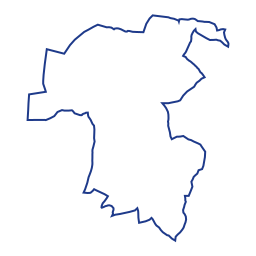 the district of Isu, Imo, Nigeria
{"feature_id": "59680162B73807077480910", "entity_name": "Isu", "entity_type": "district", "adm_level": 2, "iso_a3": "NGA", "parent_name": "Nigeria", "parent_adm1": "Imo", "projection": "albers", "projection_center": [7.061, 5.682], "detail": "fine", "context": "isolated", "style": "outline", "palette": "blue", "viewbox_px": 256, "rotation_deg": 0, "n_neighbors": 0, "source": "geoboundaries", "source_scale": "gbopen_adm2", "svg_char_len": 3487}
<svg xmlns="http://www.w3.org/2000/svg" viewBox="0 0 256 256"><path d="M225.2,29.5L223.1,29.1L220.8,29.4L219.0,30.1L217.1,30.5L216.5,27.5L214.6,24.2L209.2,22.0L206.6,21.9L204.7,21.9L202.5,21.5L201.5,21.4L199.6,21.2L197.8,21.1L196.2,19.9L194.8,19.0L193.4,18.7L191.9,18.7L190.6,18.9L189.4,19.4L187.9,19.7L184.5,19.4L181.7,19.1L179.4,19.4L178.9,21.5L178.6,20.6L176.3,19.7L174.1,18.8L170.4,18.1L168.4,17.3L152.7,15.4L149.6,18.5L146.3,23.8L143.4,32.2L136.9,32.0L132.6,31.8L129.4,31.0L127.8,30.9L126.9,31.6L125.3,31.5L121.0,29.3L118.6,28.5L116.9,28.3L114.8,28.6L114.0,29.3L111.4,27.6L109.1,27.2L106.7,27.3L97.8,24.7L93.5,26.8L88.4,29.7L84.2,31.9L74.8,39.7L70.0,45.1L64.2,53.7L46.8,49.2L44.8,63.9L43.6,74.8L43.2,80.9L43.2,83.8L45.2,89.7L45.8,91.8L29.1,94.4L28.5,103.1L28.2,109.9L27.6,120.0L44.7,119.9L45.8,120.1L50.3,118.2L54.3,116.1L57.5,112.0L62.0,110.1L64.4,110.6L68.7,110.6L71.9,110.3L72.4,110.6L73.4,111.7L74.6,113.3L79.9,115.1L81.4,115.2L82.2,114.8L82.5,114.2L83.6,113.7L84.3,113.5L85.2,113.2L86.0,112.7L86.7,112.7L87.8,112.6L87.9,113.6L88.0,114.8L88.2,115.8L88.5,116.8L89.6,118.3L90.6,119.8L92.5,123.9L94.0,125.6L94.4,129.5L94.3,132.9L94.2,135.5L94.1,138.2L94.6,141.6L94.2,143.1L93.4,146.5L92.5,149.6L92.4,151.1L92.5,152.4L92.4,154.4L92.4,157.8L92.3,160.9L92.4,162.2L92.4,163.5L92.4,164.1L92.2,165.7L91.8,168.0L90.9,171.2L89.6,174.7L88.6,177.2L87.3,182.8L85.1,189.3L83.6,192.6L85.6,192.8L87.5,193.0L89.7,192.9L90.6,192.7L92.7,190.9L94.1,189.2L95.4,189.9L100.3,192.2L104.6,194.2L107.9,196.2L106.9,197.9L104.7,201.0L102.7,203.3L101.7,205.8L101.5,207.4L101.8,207.7L103.7,207.0L105.3,206.2L106.9,205.8L108.0,205.4L109.4,205.3L111.6,206.0L113.5,208.2L113.5,209.9L113.0,211.2L112.7,212.4L113.0,213.3L112.6,214.7L112.0,215.9L115.3,214.7L119.9,214.0L129.6,211.9L135.0,210.4L137.3,208.2L137.7,209.5L138.1,210.7L138.2,211.7L138.3,213.7L138.4,217.5L138.6,219.2L138.8,220.7L139.1,222.8L145.6,221.3L149.6,219.7L151.5,217.9L152.6,219.1L153.4,220.5L155.1,223.7L156.4,225.5L159.1,227.5L160.8,230.0L162.8,232.2L167.1,235.2L168.7,235.5L171.9,238.6L175.2,240.6L175.5,238.1L175.7,236.7L177.6,234.6L180.1,232.4L182.4,229.5L183.6,227.6L184.7,224.3L185.5,222.3L186.1,219.5L185.8,216.5L184.7,214.2L183.4,212.6L183.1,210.0L184.1,207.0L184.6,204.8L185.8,201.8L185.3,200.4L185.3,198.3L184.9,195.9L188.7,195.9L191.0,190.3L192.4,186.7L191.4,181.7L192.7,179.4L193.7,176.9L195.3,175.3L197.3,173.6L198.6,170.2L202.1,169.1L203.4,165.8L204.9,157.1L205.2,151.7L201.6,146.5L200.4,144.6L198.3,143.5L193.7,141.5L191.1,140.1L188.4,139.4L183.3,136.0L180.0,136.6L176.8,136.7L171.8,139.2L170.5,136.5L169.9,132.3L168.2,125.8L168.3,123.3L168.0,121.5L168.4,119.9L168.5,118.1L168.4,114.6L167.9,111.8L166.1,108.1L164.4,105.7L162.3,103.2L164.9,103.2L168.4,103.2L172.3,102.4L177.8,101.3L180.2,100.3L183.2,95.6L187.1,91.5L194.2,86.7L195.3,84.7L196.7,82.7L199.5,80.7L201.5,78.7L204.6,77.3L203.0,74.9L201.5,73.0L200.5,72.4L198.5,68.9L197.3,67.9L196.5,66.8L195.1,65.6L194.2,64.6L192.7,63.4L191.5,62.3L190.4,61.4L189.0,60.6L188.1,59.8L187.3,59.3L186.9,58.7L186.3,58.0L185.7,57.0L184.1,56.4L183.1,55.9L183.6,55.0L184.3,54.0L185.1,53.1L185.7,52.2L186.0,51.7L189.5,43.9L190.0,42.7L191.0,41.4L191.2,40.0L191.4,38.3L191.3,36.6L191.6,35.0L192.7,32.7L193.9,30.7L195.5,29.1L195.9,31.5L197.8,33.2L206.4,38.2L209.9,40.0L213.6,39.9L216.3,39.7L218.0,40.3L220.2,40.7L222.3,42.5L224.3,44.5L228.1,46.7L228.4,44.8L228.4,43.3L227.7,41.8L226.8,40.7L225.8,39.3L225.1,37.6L224.4,34.9L224.0,32.4L225.2,29.5Z" fill="none" stroke="#1e3a8a" stroke-width="2"/></svg>